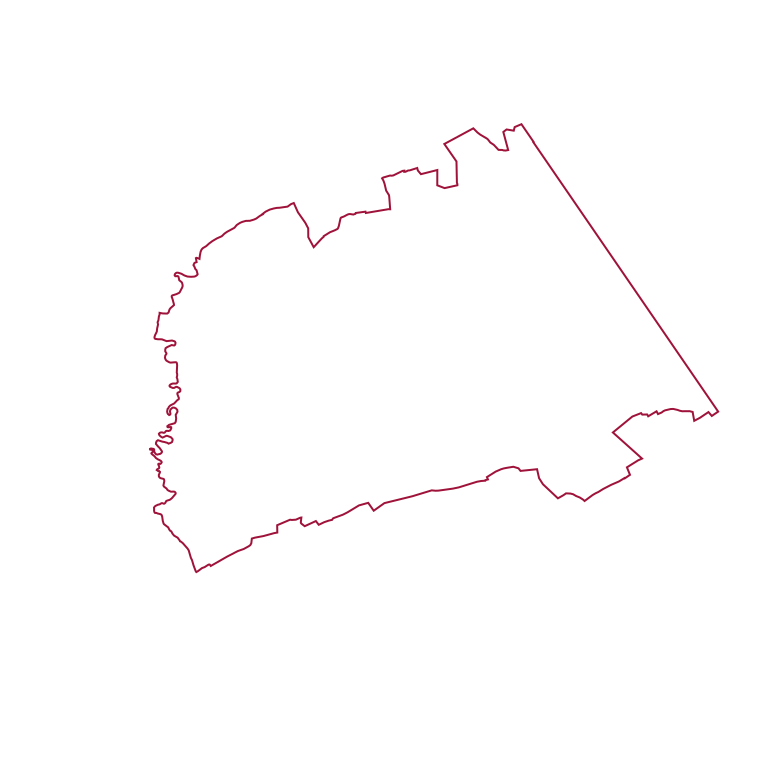 outline of Polonuevo, Atlántico, Colombia, rotated 55°
{"feature_id": "7082276B89878493029367", "entity_name": "Polonuevo", "entity_type": "district", "adm_level": 2, "iso_a3": "COL", "parent_name": "Colombia", "parent_adm1": "Atlántico", "projection": "orthographic", "projection_center": [-74.861, 10.76], "detail": "fine", "context": "isolated", "style": "outline", "palette": "rose", "viewbox_px": 768, "rotation_deg": 55, "n_neighbors": 0, "source": "geoboundaries", "source_scale": "gbopen_adm2", "svg_char_len": 6165}
<svg xmlns="http://www.w3.org/2000/svg" viewBox="0 0 768 768"><g transform="rotate(55 384 384)"><path d="M267.8,555.1L270.2,553.9L271.4,553.9L272.0,554.1L273.1,555.1L273.2,556.0L272.8,558.0L273.1,558.6L273.8,559.1L277.9,560.1L278.7,560.9L278.7,562.7L279.6,567.0L279.0,571.3L279.4,573.4L280.1,574.5L280.3,575.6L282.1,577.4L283.4,578.0L284.6,578.2L286.2,577.8L286.4,576.6L285.9,576.0L283.6,575.0L282.4,573.5L282.1,570.9L282.2,570.5L283.3,569.2L284.8,568.4L285.8,568.3L286.6,568.2L288.3,569.1L289.8,572.3L293.0,574.0L295.5,576.3L296.1,577.9L294.2,583.5L294.3,585.7L295.1,586.0L295.6,585.7L296.9,583.4L297.3,583.1L298.3,583.7L299.4,585.7L298.9,587.5L297.8,588.7L297.5,589.6L298.0,591.6L297.6,592.5L296.3,593.6L295.7,594.5L295.4,595.6L295.6,596.9L296.6,597.3L297.6,597.3L299.6,596.8L300.9,596.1L301.6,592.0L302.3,591.2L305.4,589.1L307.8,588.8L308.6,589.2L309.9,590.8L309.9,592.3L309.3,594.7L308.1,595.1L305.5,597.2L304.1,598.6L300.4,601.4L300.4,603.0L301.3,604.4L302.3,605.2L305.6,604.9L307.6,604.5L311.6,604.5L312.3,604.8L312.8,605.8L312.9,607.3L311.7,610.3L310.9,610.9L310.4,611.1L308.6,611.2L307.3,610.8L305.9,609.9L305.1,609.9L303.2,611.8L302.9,612.9L303.1,613.1L303.6,613.2L304.7,611.9L305.5,611.7L306.4,611.8L307.0,612.4L307.2,614.1L307.5,614.4L308.9,614.2L311.5,613.4L313.7,613.3L315.9,612.5L317.8,611.4L319.4,610.8L320.1,610.8L320.7,611.1L321.2,612.2L321.1,613.2L320.2,613.9L320.1,614.8L320.5,615.1L322.3,615.4L323.7,616.1L324.0,616.8L323.8,618.8L324.1,619.5L326.0,618.8L326.4,618.1L327.5,617.9L328.0,618.4L329.3,620.6L330.6,621.4L331.7,621.5L332.9,621.1L335.2,619.1L335.9,618.9L337.5,619.6L340.6,622.9L341.7,623.1L344.9,622.1L346.6,622.1L347.7,621.7L350.0,620.3L351.5,618.0L352.2,617.3L353.1,617.1L353.9,617.2L354.5,617.9L355.9,623.4L356.0,625.9L355.1,628.6L355.0,629.7L355.9,631.2L356.0,632.0L355.9,632.9L354.5,633.9L354.0,634.7L353.9,636.8L353.2,638.5L352.8,641.0L352.9,642.2L353.4,643.4L354.4,643.9L356.0,645.1L357.5,645.6L358.3,645.5L359.1,644.3L360.1,643.8L362.6,641.6L363.8,641.3L365.5,641.8L369.2,643.7L371.9,644.6L372.7,644.6L377.7,643.0L380.1,643.4L381.7,643.3L382.3,642.9L383.2,642.8L385.1,643.1L387.8,642.9L391.5,641.2L394.9,641.1L395.8,641.3L396.3,640.9L398.8,640.1L406.1,639.3L408.3,639.4L415.6,641.9L418.2,642.3L423.2,644.0L429.3,645.6L430.4,645.6L430.6,643.8L430.4,638.7L431.1,636.0L431.3,631.5L431.6,630.7L432.0,630.3L433.7,630.3L435.4,611.6L437.0,599.6L438.7,593.5L439.3,588.0L439.3,586.0L438.4,584.1L434.8,580.9L435.9,577.7L439.4,570.0L443.2,559.4L444.5,556.6L438.4,552.5L441.3,538.8L442.5,537.5L444.6,534.0L445.5,529.3L446.0,528.3L449.5,531.4L450.3,531.8L451.2,531.7L455.0,530.5L457.2,518.4L461.9,518.2L462.9,512.2L464.2,507.7L465.5,504.4L464.9,503.0L464.9,502.4L467.5,492.5L468.2,487.5L469.1,474.1L472.3,465.1L481.9,465.1L481.8,452.0L492.2,425.2L498.5,405.9L501.0,403.0L502.6,400.5L509.2,387.6L511.6,382.0L517.4,363.9L519.2,360.0L521.3,356.5L520.9,356.1L521.8,353.6L519.3,353.1L519.8,342.8L521.0,336.9L521.9,334.2L523.2,331.3L526.0,325.5L530.2,322.2L533.5,322.0L541.6,307.5L550.1,311.0L557.3,311.3L577.4,307.1L578.0,300.8L578.0,297.6L580.7,294.1L582.8,292.3L585.9,290.9L589.3,288.7L593.0,287.2L594.9,286.8L594.6,276.9L594.9,273.2L595.4,270.4L595.7,264.7L596.9,255.7L598.6,247.4L599.0,240.9L599.4,240.9L599.5,234.6L591.6,232.8L592.3,219.6L593.1,215.4L555.0,224.3L553.1,199.2L555.3,190.1L557.2,190.0L559.9,185.9L562.0,186.1L562.7,176.4L565.8,176.8L566.6,172.9L566.5,170.6L566.8,168.9L568.9,163.6L570.3,161.4L573.6,158.4L575.6,157.0L577.4,155.3L581.5,149.3L583.9,147.2L592.1,151.0L592.9,144.6L593.1,134.3L598.2,133.8L598.3,126.1L271.5,123.0L271.5,122.6L250.0,122.4L248.5,129.6L250.9,132.4L245.8,137.6L246.0,141.7L263.6,148.1L262.5,150.5L261.1,152.2L260.2,152.8L257.9,155.9L251.0,156.9L247.2,158.4L243.2,158.6L241.8,159.0L235.0,162.1L231.5,163.2L225.8,164.2L222.0,196.9L243.3,197.0L260.9,208.8L262.3,209.2L263.3,209.9L258.3,222.0L251.8,226.4L239.3,217.6L233.3,233.4L228.5,233.8L226.1,232.9L223.8,240.3L222.9,241.9L222.5,244.6L221.8,245.7L220.9,245.0L220.1,246.5L218.5,256.7L217.8,258.2L216.7,259.5L214.4,266.3L214.4,267.6L217.0,267.8L220.3,268.7L226.8,271.3L232.2,271.6L233.6,272.3L244.4,278.7L243.3,280.2L233.5,300.8L232.2,300.3L227.7,309.1L228.2,309.8L227.6,311.9L225.4,314.2L224.7,315.3L224.3,316.7L223.8,320.8L223.1,323.4L223.1,324.1L223.7,325.0L228.6,330.3L229.9,332.1L230.3,333.0L229.9,336.0L228.7,341.2L228.3,348.6L228.8,349.0L229.1,351.6L231.6,363.1L220.3,361.8L213.0,356.8L206.8,356.0L193.9,356.0L184.0,354.1L183.3,357.1L183.4,361.2L179.7,368.5L178.3,370.7L177.0,373.6L175.6,377.6L174.9,382.2L175.1,386.3L175.4,386.2L175.1,389.3L175.2,393.8L174.7,396.3L173.4,400.2L171.1,403.7L169.9,407.2L169.4,409.7L169.3,413.5L170.2,416.7L170.2,417.5L169.3,425.3L169.3,428.3L169.9,432.2L168.9,437.3L168.5,442.5L168.6,446.7L169.1,450.5L168.8,454.5L169.2,456.3L170.5,458.4L173.0,461.0L175.7,463.4L173.7,464.7L173.0,465.4L173.0,465.9L176.7,467.6L176.1,469.7L177.1,471.6L177.6,472.0L178.8,471.9L181.5,472.6L183.3,472.3L187.2,473.7L187.5,474.3L187.6,476.5L187.2,477.8L185.5,480.6L183.2,483.4L180.5,485.3L177.5,486.7L174.9,488.7L174.0,489.8L173.8,490.8L173.9,491.8L174.4,492.7L175.0,493.2L175.5,493.2L176.0,493.1L176.4,492.6L177.0,491.4L177.6,490.9L178.2,490.8L181.6,492.2L184.4,491.4L185.3,491.4L187.2,492.1L188.3,492.8L189.1,493.8L191.7,498.8L191.8,499.8L191.3,502.6L190.0,506.6L190.2,507.4L190.8,507.9L193.1,508.5L198.1,510.3L198.9,510.8L199.4,515.4L199.9,516.9L201.8,519.4L202.0,521.0L201.6,521.7L199.1,525.0L197.0,527.0L198.3,527.9L199.6,529.7L202.4,532.2L203.5,534.0L205.7,535.0L208.2,537.8L210.8,540.1L212.8,543.7L214.0,545.2L215.2,545.7L215.9,545.4L217.7,543.5L220.0,540.3L224.2,537.5L226.8,532.7L228.9,531.1L229.4,530.9L230.6,531.1L231.7,532.1L232.1,532.8L232.1,533.8L230.3,535.6L229.4,540.5L229.4,542.4L230.5,543.6L231.9,544.5L234.1,544.6L234.6,545.1L235.2,546.8L236.9,548.4L238.8,548.9L240.2,548.8L243.1,547.4L244.1,546.5L246.5,542.4L247.2,541.7L248.1,541.7L250.0,542.7L255.8,547.2L257.2,547.7L258.5,548.6L259.7,550.0L261.4,550.4L264.0,551.7L264.5,553.3L264.3,554.2L262.6,556.5L262.1,557.9L261.9,559.2L262.2,560.5L262.8,560.9L263.5,560.9L266.1,559.3L266.8,558.2L267.1,555.9L267.8,555.1Z" fill="none" stroke="#9f1239" stroke-width="2"/></g></svg>